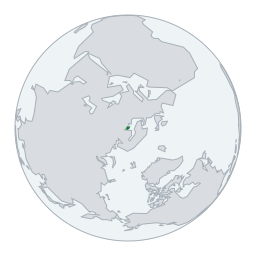 Harju highlighted on a globe, orthographic projection, rotated 176°
{"feature_id": "EST-1654", "entity_name": "Harju", "entity_type": "County", "adm_level": 1, "iso_a3": "EST", "parent_name": "Estonia", "parent_adm1": "", "projection": "orthographic", "projection_center": [24.879, 59.328], "detail": "fine", "context": "on_globe", "style": "filled", "palette": "green", "viewbox_px": 256, "rotation_deg": 176, "n_neighbors": 0, "source": "natural_earth", "source_scale": "10m", "svg_char_len": 11019}
<svg xmlns="http://www.w3.org/2000/svg" viewBox="0 0 256 256"><g transform="rotate(176 128 128)"><circle cx="128" cy="128" r="113" fill="#eef3f6" stroke="#a8b0b8"/><path d="M26.0,80.3L26.6,78.9L29.9,72.7L35.3,64.1L41.4,56.0L48.2,48.5L49.5,47.3L66.0,35.0L53.9,43.2L58.3,39.5L63.8,35.6L63.2,36.3L70.1,32.5L75.5,29.6L84.1,27.3L90.0,29.5L86.8,30.3L88.5,30.9L92.7,30.0L94.9,29.3L106.6,31.5L120.4,31.1L124.6,29.1L123.8,31.2L131.6,26.3L139.0,25.7L130.7,27.6L129.9,28.8L135.0,28.9L135.3,30.2L137.8,31.0L137.7,32.6L132.9,33.8L132.7,34.9L136.3,35.0L138.4,36.7L133.2,36.5L136.4,39.6L128.9,42.6L115.1,41.3L110.9,45.0L96.7,49.2L98.0,50.4L93.5,53.0L93.3,55.5L90.7,55.7L92.8,57.5L95.2,56.8L97.0,57.4L97.1,58.8L93.8,59.3L93.3,58.7L92.4,59.6L90.7,59.3L91.6,60.3L87.6,60.8L91.7,62.4L88.6,64.7L85.9,64.5L86.1,61.7L80.1,54.9L77.5,54.1L73.6,55.7L66.5,64.5L63.6,65.0L59.8,67.7L61.4,68.6L65.0,66.9L67.1,69.5L71.2,67.2L72.7,68.0L77.0,67.0L76.5,70.3L73.7,74.1L70.1,75.1L68.7,76.9L72.3,78.5L65.7,83.3L61.5,91.4L59.8,92.4L56.2,89.3L56.0,82.5L51.3,79.2L54.4,84.6L50.1,87.3L49.4,89.1L49.7,91.0L51.4,91.3L50.0,93.0L46.4,88.1L47.6,86.5L48.8,88.0L48.6,84.9L46.1,81.9L44.1,83.7L42.5,77.9L41.1,79.2L39.9,78.8L42.3,77.1L37.9,80.1L35.7,74.9L29.7,80.5L35.5,72.6L37.5,68.6L39.4,64.4L38.3,65.2L42.2,59.1L43.4,55.7L40.4,57.6L36.4,62.5L32.4,68.8L32.8,69.0L30.8,73.2L28.9,74.7L24.8,83.5L23.3,86.5L22.8,87.7L26.0,80.3ZM21.1,92.5L20.5,94.6L19.0,99.9L19.1,100.8L18.7,104.7L17.5,108.0L18.3,107.9L17.4,112.4L17.5,122.7L17.2,122.6L17.1,135.4L18.9,146.8L19.3,151.6L18.9,151.9L20.0,155.8L20.0,156.8L26.2,172.0L30.8,181.5L31.6,184.8L29.8,183.0L30.1,183.7L26.4,176.6L23.2,169.3L20.6,161.9L18.4,154.2L16.9,146.4L15.9,138.5L15.4,130.6L15.5,122.6L16.1,114.7L17.4,106.8L19.1,99.1L19.4,98.0L20.2,95.2L20.3,95.1L21.1,92.5ZM28.2,81.6L23.7,93.8L24.6,88.6L24.7,89.1L26.2,85.7L28.4,80.2L29.7,76.0L28.2,81.6ZM29.7,83.2L30.4,81.4L30.0,83.0L29.7,83.2ZM95.9,28.8L92.7,29.9L88.9,30.3L91.5,29.2L95.9,28.8ZM103.2,28.6L101.8,29.3L100.0,28.3L101.4,28.2L103.2,28.6ZM127.5,27.5L124.9,27.6L127.4,27.0L127.5,27.5ZM138.2,30.9L138.9,30.5L140.0,31.1L138.2,30.9ZM77.0,65.3L77.0,66.1L76.2,65.9L77.0,65.3ZM78.9,64.1L78.0,63.2L78.7,62.6L79.3,63.1L78.9,64.1ZM140.7,34.2L142.2,35.4L139.9,34.3L140.7,34.2ZM79.8,65.4L80.2,61.5L81.5,60.3L84.7,61.5L79.8,65.4ZM142.5,36.3L146.2,39.5L148.0,38.8L145.0,42.8L142.9,38.7L139.7,37.4L142.0,37.3L142.5,36.3ZM95.9,56.0L93.4,56.8L95.4,54.8L95.9,56.0ZM96.8,54.6L100.5,48.1L104.4,47.8L102.3,50.0L107.2,48.6L107.2,51.6L104.6,53.1L102.1,52.6L104.0,54.1L96.8,54.6ZM142.7,44.6L142.9,45.7L141.8,44.8L142.7,44.6ZM97.8,57.5L98.2,56.1L101.6,55.7L101.4,58.4L100.3,57.6L97.8,57.5ZM108.5,46.8L110.9,47.1L111.6,49.6L112.7,50.0L107.6,51.7L108.5,46.8ZM99.6,58.5L101.2,59.7L99.7,61.3L97.6,58.8L99.6,58.5ZM102.5,54.6L104.1,54.5L103.2,55.4L102.5,54.6ZM95.4,67.6L95.8,65.9L97.6,65.5L95.4,67.6ZM101.8,60.1L102.3,59.6L103.1,59.3L103.8,60.4L101.8,60.1ZM108.4,53.4L108.2,54.4L110.5,52.8L111.2,54.7L107.7,55.5L109.4,56.0L109.6,56.6L106.6,56.6L108.4,53.4ZM106.7,60.7L102.4,62.5L101.3,65.7L99.7,66.1L101.8,60.9L106.7,60.7ZM106.9,58.3L106.4,59.8L104.6,59.5L103.9,58.2L106.9,58.3ZM112.9,55.7L112.8,52.6L113.6,52.6L112.9,55.7ZM106.7,61.7L107.7,61.2L106.8,61.9L106.7,61.7ZM111.4,57.6L111.2,56.5L112.1,56.5L111.4,57.6ZM109.9,61.3L108.5,61.9L107.9,61.0L109.9,61.3ZM110.8,59.7L112.1,59.9L108.6,60.3L110.6,59.2L110.8,59.7ZM112.2,57.8L112.7,57.4L112.1,58.2L112.2,57.8ZM112.8,64.5L108.5,65.2L107.3,63.2L111.6,62.7L112.8,64.5ZM115.4,239.9L111.2,239.2L103.3,234.8L106.5,232.9L105.5,230.4L96.8,222.2L98.7,218.3L96.3,215.8L91.5,215.1L88.7,211.9L85.7,210.9L67.1,204.8L61.3,198.4L54.4,182.5L57.7,179.6L58.3,173.5L81.2,161.9L86.1,165.4L104.3,167.4L106.5,168.7L104.5,174.0L118.2,182.3L122.5,178.1L134.8,181.5L142.9,180.5L145.7,169.9L132.4,171.3L130.0,166.3L140.6,160.7L152.2,159.4L151.6,157.4L144.2,154.0L146.8,149.5L141.6,152.4L143.8,154.3L140.6,156.2L138.4,154.7L139.4,153.1L135.9,152.5L132.0,160.4L133.8,163.1L124.6,164.7L126.7,169.6L124.2,171.8L119.8,164.5L120.2,161.8L112.0,153.1L110.8,156.0L118.4,164.5L116.1,163.7L114.5,168.1L113.8,164.2L105.8,154.4L97.5,154.5L86.9,162.9L82.1,162.0L77.9,157.9L81.6,147.3L92.2,150.5L93.6,147.1L91.4,140.5L94.8,142.2L95.2,140.0L99.2,140.8L104.7,136.7L108.7,136.9L110.8,130.2L113.1,129.5L111.2,133.7L112.1,136.8L122.0,137.4L124.0,136.0L124.5,131.7L127.2,132.5L126.5,128.3L132.2,126.5L124.6,125.2L125.0,120.3L128.4,116.6L127.2,114.9L121.7,120.9L120.7,123.6L122.0,126.2L118.2,133.7L114.8,134.6L113.7,126.1L108.7,126.6L110.0,120.1L124.1,107.3L130.1,104.8L140.0,110.6L138.7,113.8L134.5,113.3L138.4,118.2L138.1,115.7L140.3,116.4L141.3,112.3L142.9,112.6L141.1,108.1L143.2,108.1L144.3,110.9L147.6,105.0L151.9,104.0L151.9,102.5L150.6,101.2L157.0,100.9L156.7,99.8L154.5,99.4L152.4,97.1L151.3,93.0L153.5,93.1L154.3,94.6L159.2,98.1L160.8,102.2L161.6,101.9L160.7,98.3L154.7,94.1L153.4,91.6L156.5,93.1L155.2,92.3L155.3,91.2L157.5,90.1L154.2,88.3L151.6,75.6L155.5,72.6L158.6,75.2L159.2,67.1L163.6,64.7L161.5,64.4L160.4,60.5L159.0,61.2L158.0,60.8L154.5,51.6L155.5,49.7L151.7,45.7L150.6,45.6L149.7,46.8L145.0,42.8L148.0,38.8L150.3,39.2L150.7,36.5L155.7,38.1L160.1,38.3L165.3,41.8L168.3,41.8L168.1,40.7L172.0,40.1L180.7,42.6L174.6,45.1L161.7,43.0L167.0,44.1L166.0,45.3L168.1,46.6L171.9,47.4L172.1,46.6L179.5,55.9L189.0,61.7L187.7,57.4L189.7,56.1L199.4,59.9L212.5,74.9L215.3,74.1L217.4,75.5L219.1,79.5L216.1,77.4L215.3,79.5L213.4,77.9L215.2,83.8L212.5,81.7L215.2,87.5L217.2,87.7L216.7,83.0L220.1,89.2L223.1,87.7L226.5,90.7L231.8,104.2L232.6,113.5L233.3,115.1L232.0,116.7L232.7,122.8L237.0,123.8L237.8,125.8L237.8,135.6L237.3,134.4L233.9,138.7L235.1,144.6L237.7,142.4L238.7,144.6L237.4,147.8L236.2,146.1L235.0,147.5L234.1,143.0L230.6,139.5L229.3,145.0L228.2,142.4L223.3,141.3L220.6,149.1L217.2,165.1L218.7,172.4L216.7,178.2L209.3,173.7L205.7,167.7L203.2,170.9L195.4,168.9L182.5,176.6L180.5,175.2L178.2,177.6L172.7,177.7L169.5,174.9L166.3,176.5L174.6,183.5L178.0,181.8L180.7,176.5L182.4,179.4L187.7,179.7L182.4,190.8L163.1,205.0L160.9,199.7L144.8,185.2L145.2,183.0L145.1,182.7L144.9,182.3L143.7,186.1L140.8,182.7L149.7,194.3L151.3,199.3L162.8,205.4L161.8,206.6L165.4,207.3L176.7,201.0L176.8,202.8L171.6,212.8L155.8,226.2L157.8,230.4L156.4,233.8L146.2,237.3L146.9,238.4L141.6,239.4L141.1,239.8L137.6,240.2L126.5,240.6L115.4,239.9ZM73.5,171.0L72.9,172.8L73.5,171.0ZM164.8,162.9L171.6,160.7L168.0,155.1L170.4,153.8L168.3,152.4L167.7,154.7L162.7,150.5L165.4,147.3L164.4,144.5L162.0,145.1L157.8,151.7L165.0,157.6L163.7,161.0L164.8,162.9ZM17.5,123.0L17.4,124.9L17.3,123.2L17.5,123.0ZM23.9,89.0L23.4,91.1L22.8,92.6L23.1,91.2L23.9,89.0ZM21.3,106.6L21.0,109.3L20.9,107.0L21.3,106.6ZM23.1,95.6L21.4,104.5L21.3,100.5L22.5,95.0L22.1,98.1L23.1,95.6ZM28.3,83.9L27.8,85.3L27.4,85.5L28.3,83.9ZM29.4,84.4L29.5,84.0L30.1,83.0L29.4,84.4ZM50.3,87.5L50.6,88.0L50.5,90.0L49.8,89.3L50.3,87.5ZM54.8,97.6L52.4,100.1L53.6,97.8L52.1,97.2L52.9,91.8L59.0,92.6L56.1,93.2L54.8,97.6ZM55.5,85.0L54.4,88.2L55.4,84.7L55.5,85.0ZM93.4,127.6L94.8,129.6L93.3,131.9L88.2,132.0L90.3,128.6L93.4,127.6ZM97.1,131.9L97.4,123.8L100.6,123.5L98.7,125.0L100.8,125.7L98.4,128.2L101.1,136.2L100.0,138.8L91.2,137.3L94.7,136.3L93.2,134.3L97.1,131.9ZM92.6,104.9L92.8,101.8L99.4,105.2L98.5,107.8L93.4,107.9L91.5,105.0L92.6,104.9ZM85.5,68.4L85.1,67.3L86.0,67.1L87.1,67.9L85.5,68.4ZM95.4,66.8L88.0,73.2L87.2,72.2L83.8,77.3L80.4,76.8L82.7,73.4L77.6,77.0L78.3,73.7L75.0,76.5L80.5,69.1L81.0,66.4L81.8,69.5L84.9,70.1L86.4,69.5L90.9,66.1L93.4,60.9L96.9,60.7L98.7,62.0L98.6,63.3L96.4,62.9L97.9,64.8L94.6,65.3L95.4,66.8ZM117.8,79.6L115.2,78.3L117.7,82.9L114.4,83.1L114.9,83.6L112.6,85.1L110.6,87.9L109.1,87.5L109.0,88.8L107.4,89.8L106.7,91.5L103.8,91.4L102.7,93.4L101.9,92.3L100.9,95.8L100.4,93.2L98.3,94.4L99.9,96.3L85.7,92.9L80.2,93.8L75.8,96.1L75.5,91.5L79.3,86.6L85.2,82.3L90.5,82.2L89.4,80.3L91.6,79.7L91.6,81.5L93.0,78.4L94.8,78.4L100.0,75.1L100.9,70.9L102.8,69.6L103.4,71.3L104.9,68.9L107.3,71.3L108.7,70.6L112.4,72.2L112.7,76.1L114.3,74.9L117.2,76.3L117.8,79.6ZM113.8,65.0L114.8,69.4L113.6,71.7L107.6,67.9L106.0,68.3L102.1,66.0L104.0,62.8L104.9,63.7L106.3,63.8L105.1,64.8L107.1,64.1L108.4,65.4L110.3,65.3L110.1,66.7L113.8,65.0ZM109.1,167.0L110.9,167.5L113.6,167.5L112.6,170.4L109.1,167.0ZM103.5,160.4L105.1,160.3L105.1,164.2L103.3,163.7L103.5,160.4ZM106.0,157.1L105.2,160.0L104.6,158.2L106.0,157.1ZM112.7,133.4L114.4,133.0L114.6,134.1L113.6,135.5L112.7,133.4ZM124.5,94.0L123.3,92.7L123.8,92.1L123.0,88.3L125.3,88.0L126.7,90.1L124.5,94.0ZM143.4,172.1L141.1,174.4L139.8,173.6L140.9,172.9L143.4,172.1ZM126.1,173.1L130.1,174.4L125.8,173.9L126.1,173.1ZM127.0,93.0L126.4,91.4L127.9,92.2L127.0,93.0ZM127.0,87.6L128.9,88.1L125.5,87.5L127.0,87.6ZM175.0,227.4L166.6,233.6L161.5,235.2L160.9,234.8L164.2,231.7L170.3,228.9L173.4,226.3L175.0,227.4ZM238.6,149.4L237.4,153.4L233.6,154.8L235.0,151.6L238.6,146.4L238.4,147.9L239.2,145.8L238.8,148.4L238.6,149.4ZM240.1,138.7L240.0,137.6L240.1,134.8L240.3,132.4L239.7,117.3L239.8,115.3L240.4,120.6L240.4,120.4L240.6,129.6L240.1,138.7ZM219.2,172.6L221.6,174.3L220.3,176.6L219.2,172.6ZM238.3,109.5L239.4,115.8L238.1,109.0L238.3,109.5ZM236.9,104.3L237.4,105.3L237.0,105.7L236.9,104.3ZM234.4,116.9L234.2,119.7L233.6,118.9L233.5,114.8L234.4,116.9ZM229.2,93.4L231.2,95.9L231.9,97.3L230.8,96.9L229.2,93.4ZM146.4,89.0L144.9,94.5L145.3,98.5L148.1,100.7L143.6,100.1L142.8,93.9L146.4,89.0ZM150.7,77.2L148.3,75.5L149.7,74.8L150.5,75.1L150.7,77.2ZM149.0,77.2L145.3,77.9L144.2,76.0L147.3,75.8L149.0,77.2ZM136.2,85.3L135.5,86.9L134.3,86.2L136.2,85.3ZM238.3,105.0L238.3,105.6L238.9,109.0L237.1,100.8L237.4,101.4L237.8,102.7L238.3,105.0ZM237.4,102.7L238.1,105.8L237.1,101.6L237.4,102.7ZM237.9,105.8L237.4,104.6L237.2,102.9L237.9,105.8ZM237.2,101.5L236.2,98.5L236.6,99.0L237.2,101.5ZM236.0,102.2L236.5,100.4L236.8,104.8L234.3,100.4L234.0,98.0L236.0,102.2ZM218.1,71.6L216.7,71.0L215.7,68.6L216.9,69.7L218.1,71.6ZM211.2,61.0L215.0,67.8L217.8,73.7L218.1,72.7L220.9,75.8L219.1,76.1L215.4,70.6L213.7,66.6L211.2,64.5L208.5,60.8L205.6,59.5L203.6,57.6L205.8,57.6L211.2,61.0ZM204.3,59.2L198.2,56.1L197.4,52.7L198.6,52.6L201.7,55.4L202.0,57.0L204.3,59.2ZM196.5,54.4L196.7,56.0L188.1,55.8L186.1,55.0L192.2,53.1L192.7,54.5L194.9,55.2L196.5,54.4ZM144.1,45.5L143.0,45.6L143.6,44.9L144.1,45.5ZM157.2,61.2L155.9,60.5L156.5,59.5L157.2,61.2ZM152.5,58.0L152.6,59.6L151.5,57.9L152.5,58.0ZM153.2,63.2L152.3,60.2L154.6,63.2L153.2,63.2Z" fill="#d9dde1" stroke="#a8b0b8" stroke-width="1"/><path d="M126.8,128.2L127.0,128.1L127.1,127.9L127.3,127.9L127.3,128.0L127.3,127.9L127.5,127.7L127.6,127.8L127.7,127.7L127.7,127.8L127.8,127.8L127.8,127.7L127.7,127.7L127.8,127.7L127.9,127.8L127.9,127.7L128.0,127.6L128.3,127.6L128.5,127.7L128.6,127.4L128.7,127.5L128.8,127.5L128.8,127.4L128.9,127.5L129.0,127.5L128.9,127.6L129.0,127.7L129.0,127.8L129.1,128.0L128.9,128.1L128.7,128.1L128.6,128.3L128.6,128.5L128.4,128.7L128.2,128.5L128.2,128.4L128.0,128.2L127.9,128.2L127.7,128.3L127.7,128.5L127.6,128.4L127.5,128.5L127.4,128.6L127.2,128.6L127.3,128.5L127.2,128.5L127.2,128.4L126.9,128.3L126.9,128.2L126.8,128.2Z" fill="#22c55e" stroke="#15803d" stroke-width="1.5"/></g></svg>